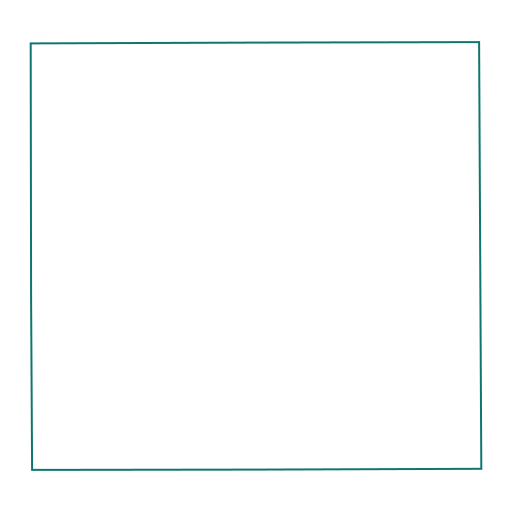 the district of Mahaska, Iowa, United States of America
{"feature_id": "52423323B68669708686879", "entity_name": "Mahaska", "entity_type": "district", "adm_level": 2, "iso_a3": "USA", "parent_name": "United States of America", "parent_adm1": "Iowa", "projection": "natural_earth1", "projection_center": [-92.705, 41.335], "detail": "fine", "context": "isolated", "style": "outline", "palette": "teal", "viewbox_px": 512, "rotation_deg": 0, "n_neighbors": 0, "source": "geoboundaries", "source_scale": "gbopen_adm2", "svg_char_len": 226}
<svg xmlns="http://www.w3.org/2000/svg" viewBox="0 0 512 512"><path d="M30.7,43.4L31.1,300.1L32.1,469.9L256.3,469.6L481.3,468.8L479.1,42.1L254.4,42.6L142.9,43.0L30.7,43.4Z" fill="none" stroke="#0f766e" stroke-width="2"/></svg>